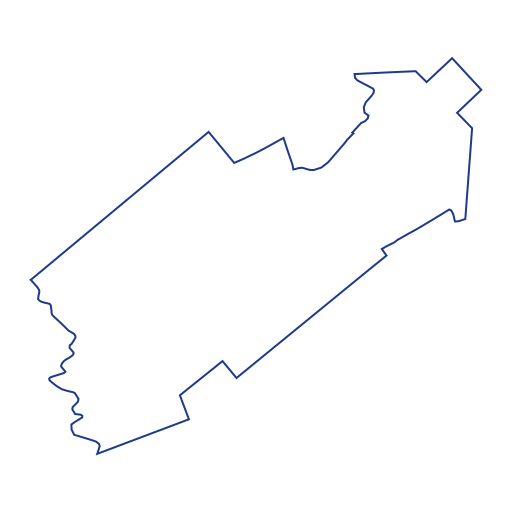 Tiganesti, Teleorman, Romania
{"feature_id": "2599482B47763495290999", "entity_name": "Tiganesti", "entity_type": "district", "adm_level": 2, "iso_a3": "ROU", "parent_name": "Romania", "parent_adm1": "Teleorman", "projection": "mercator", "projection_center": [25.313, 43.885], "detail": "fine", "context": "isolated", "style": "outline", "palette": "blue", "viewbox_px": 512, "rotation_deg": 0, "n_neighbors": 0, "source": "geoboundaries", "source_scale": "gbopen_adm2", "svg_char_len": 1857}
<svg xmlns="http://www.w3.org/2000/svg" viewBox="0 0 512 512"><path d="M97.3,453.8L188.9,419.3L179.9,395.3L222.5,361.1L236.5,378.0L372.3,267.0L386.5,255.6L381.8,249.0L386.1,246.5L394.3,242.4L397.9,239.6L400.0,238.5L409.1,233.3L415.4,229.9L422.8,225.6L424.9,224.3L433.1,219.4L447.0,210.9L449.2,209.5L450.2,210.0L451.1,210.3L452.5,212.8L453.3,214.3L454.2,218.4L454.8,220.8L455.1,221.5L458.6,221.2L465.3,219.0L472.1,128.2L457.1,112.8L481.3,89.8L452.1,58.2L426.6,82.1L415.6,71.2L396.8,72.0L381.5,72.7L354.5,74.1L355.1,77.8L357.4,80.4L373.0,88.6L374.0,90.4L373.5,92.9L371.7,95.7L365.7,102.4L363.8,107.4L364.5,112.6L368.5,115.6L367.7,118.5L365.0,121.2L361.1,123.0L352.3,132.6L353.4,133.4L347.2,139.7L344.5,143.3L328.3,162.1L321.5,167.5L313.6,170.1L309.7,169.9L302.1,167.7L298.4,168.2L293.4,169.5L292.5,164.8L291.3,161.2L287.8,151.1L283.5,137.9L276.1,142.0L264.4,148.5L255.1,153.3L249.8,155.8L243.4,158.9L234.2,162.9L208.6,131.9L31.7,279.1L30.7,279.8L30.9,280.0L33.1,282.4L34.8,284.3L37.8,287.8L39.2,290.2L39.3,292.1L38.5,295.8L38.1,299.1L39.2,300.4L40.9,301.5L44.1,302.6L47.5,303.3L49.6,303.9L50.5,304.9L50.9,306.1L51.1,308.0L51.5,310.5L51.6,313.4L52.6,315.4L62.9,325.0L68.5,330.6L74.1,333.9L74.9,335.0L75.5,336.6L75.4,337.8L73.5,340.9L71.6,343.8L71.1,344.3L70.5,344.7L69.7,345.5L69.6,346.3L69.6,347.9L73.5,352.5L73.6,353.4L72.8,355.1L69.7,357.5L65.8,359.6L63.6,361.4L61.7,363.9L61.1,365.9L61.2,366.6L64.8,371.0L65.4,371.8L63.9,373.0L57.7,375.0L53.4,376.3L50.8,377.2L49.8,377.8L49.2,378.6L49.2,379.1L49.3,379.8L50.7,381.4L54.2,384.2L57.4,386.6L61.8,389.2L65.6,390.4L69.0,391.3L72.6,392.1L74.8,393.0L78.5,398.9L77.9,401.8L72.7,407.1L72.3,409.3L75.1,414.0L80.8,414.7L82.4,415.9L82.2,417.5L75.1,421.8L71.4,424.5L71.6,429.6L72.9,432.2L74.2,434.8L89.8,439.5L95.9,441.5L99.0,443.9L99.7,446.2L98.5,450.0L97.3,453.8Z" fill="none" stroke="#1e3a8a" stroke-width="2"/></svg>